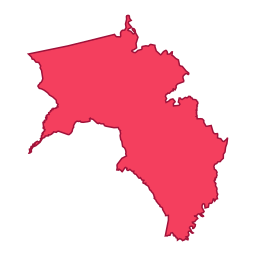 outline of Tan Phu, Đồng Nai, Vietnam
{"feature_id": "81297802B74333052983118", "entity_name": "Tan Phu", "entity_type": "district", "adm_level": 2, "iso_a3": "VNM", "parent_name": "Vietnam", "parent_adm1": "Đồng Nai", "projection": "orthographic", "projection_center": [107.376, 11.379], "detail": "fine", "context": "isolated", "style": "filled", "palette": "rose", "viewbox_px": 256, "rotation_deg": 0, "n_neighbors": 0, "source": "geoboundaries", "source_scale": "gbopen_adm2", "svg_char_len": 5841}
<svg xmlns="http://www.w3.org/2000/svg" viewBox="0 0 256 256"><path d="M28.4,54.0L31.4,56.9L32.2,59.1L33.8,59.3L35.9,62.1L38.7,62.5L40.7,66.0L40.1,67.9L41.5,70.3L42.8,78.6L42.2,80.6L41.1,82.4L40.0,83.0L39.5,84.1L38.3,85.2L37.9,86.1L38.1,86.5L39.3,88.4L41.4,88.8L44.2,90.2L47.7,92.8L49.6,95.1L52.7,96.9L55.7,99.6L56.3,100.4L56.5,102.8L58.1,104.3L57.4,105.8L58.0,106.8L56.8,107.1L56.6,107.9L55.8,107.9L55.3,108.4L53.0,108.4L53.0,109.4L51.9,109.2L51.5,110.7L50.6,110.6L50.3,111.8L48.7,112.7L49.0,114.4L48.1,114.4L46.4,115.5L46.7,116.5L45.8,117.1L45.6,117.7L45.8,118.2L46.8,117.9L46.5,119.6L44.5,120.4L44.3,120.9L44.8,121.8L44.4,122.5L44.0,122.6L43.3,122.1L43.0,122.4L43.5,126.5L43.2,127.7L44.0,127.5L43.7,128.4L44.2,129.1L44.9,129.4L44.4,130.2L44.7,130.8L43.4,131.8L43.2,132.7L42.6,132.8L42.8,133.9L42.1,134.0L42.4,134.6L41.4,135.9L41.5,137.6L40.5,138.7L41.2,139.2L39.6,141.7L38.3,141.9L37.4,141.3L36.8,141.6L35.3,142.5L35.0,144.2L34.5,144.4L34.2,143.6L33.8,144.0L34.1,145.0L33.6,145.9L32.8,144.9L32.6,146.1L31.1,146.5L30.6,148.7L29.4,149.2L29.8,151.6L29.1,153.1L29.8,153.0L31.4,151.8L31.3,149.6L33.0,146.9L35.8,145.7L40.0,142.3L42.5,138.3L44.7,137.4L45.2,136.1L48.5,135.8L48.5,134.8L50.0,134.9L51.4,134.2L51.9,133.5L52.5,133.5L53.6,131.9L56.4,132.3L57.2,131.5L58.5,131.2L68.2,134.6L69.1,134.6L71.1,132.9L72.1,131.4L72.7,128.7L73.7,127.2L73.5,125.9L74.1,124.5L75.4,122.3L77.0,121.2L78.9,121.5L80.2,121.1L81.0,122.1L83.1,122.3L87.8,121.7L89.9,121.1L90.1,120.0L89.5,118.8L90.3,118.1L91.5,119.0L93.0,119.3L97.2,123.2L98.3,123.6L99.1,123.0L101.0,123.8L103.2,123.8L103.8,124.1L104.5,125.6L106.0,126.2L114.0,127.7L118.2,127.5L119.1,129.5L120.3,130.5L120.0,130.7L120.6,133.5L120.1,135.6L120.7,139.4L121.8,141.3L122.6,146.4L124.5,147.8L125.5,149.7L126.0,152.2L125.7,153.9L126.5,155.9L121.9,158.3L117.4,164.2L117.0,165.1L117.2,167.9L116.8,169.9L118.6,170.1L119.0,169.2L121.1,170.5L121.7,171.5L122.3,171.7L125.0,167.6L125.7,167.4L125.9,167.8L127.0,168.3L126.6,168.9L126.7,169.7L127.6,170.4L128.6,170.3L129.9,169.4L132.2,171.4L133.8,171.3L133.4,172.6L134.8,174.0L136.1,174.3L138.8,178.0L139.9,178.2L140.5,177.7L141.9,180.0L143.8,180.4L143.1,181.4L143.0,182.9L143.6,183.3L145.7,183.3L145.3,184.3L148.0,185.9L149.3,188.0L149.2,188.6L149.9,190.0L150.9,190.5L151.3,191.5L152.8,193.0L153.8,194.9L154.0,196.2L154.7,197.2L154.6,197.7L154.1,198.1L156.1,200.3L156.2,201.0L158.4,203.8L160.0,205.3L160.0,206.5L161.8,207.3L162.5,208.1L162.7,209.6L165.6,214.7L165.6,215.6L168.4,215.4L168.4,220.2L165.3,235.9L166.2,235.7L167.0,236.0L168.4,235.3L170.0,235.3L170.9,233.0L172.4,232.7L173.4,234.1L173.3,235.0L174.3,235.2L174.1,235.9L175.5,236.1L176.2,237.8L176.9,237.9L177.4,238.4L177.5,240.1L179.7,238.6L181.6,239.5L182.5,240.6L184.8,239.7L185.6,238.5L187.2,239.7L188.0,239.7L188.1,238.2L186.3,236.8L187.9,236.3L188.7,235.6L188.9,234.5L188.2,232.6L188.5,231.6L189.2,231.1L190.1,231.2L191.7,232.9L192.7,233.2L193.2,232.9L191.5,231.6L190.9,229.8L189.5,228.0L189.6,227.3L190.5,226.4L192.0,226.2L192.7,226.7L192.7,228.4L193.2,228.5L194.1,227.9L195.2,226.2L195.4,224.5L192.6,223.0L192.4,222.2L194.7,221.7L196.0,220.0L197.8,218.5L196.6,216.7L194.7,216.3L194.6,215.9L196.4,215.7L198.1,214.0L199.0,213.7L201.3,216.1L202.6,216.6L203.5,216.3L203.4,215.8L200.7,213.8L201.0,213.4L203.4,212.5L204.1,211.5L202.0,207.5L202.1,205.3L202.7,204.1L203.5,203.7L204.5,204.2L205.1,208.0L208.4,207.1L208.9,203.9L209.5,203.3L211.2,203.3L211.8,202.9L212.5,201.9L213.3,199.0L213.9,199.0L214.7,201.0L216.0,199.1L217.5,198.7L216.9,196.6L217.8,194.1L217.1,193.2L216.6,190.5L217.0,189.2L216.8,187.9L215.5,185.9L215.7,184.6L215.4,183.6L215.8,183.3L214.5,181.9L214.2,180.6L214.9,179.4L215.2,180.0L215.4,179.8L215.0,178.2L216.4,177.6L216.4,176.6L217.0,175.5L216.6,173.1L217.1,172.3L216.1,170.4L214.3,169.1L214.3,168.0L213.8,166.7L214.6,164.4L216.8,163.4L217.8,161.9L220.4,161.5L221.0,160.4L223.3,158.3L223.4,154.2L225.0,152.0L225.6,147.2L226.9,143.6L227.6,137.7L226.6,139.2L224.0,141.5L222.6,141.2L220.7,138.6L219.4,138.5L217.5,137.8L217.7,134.6L217.5,133.6L214.9,133.8L213.7,133.0L213.0,131.8L211.2,125.5L206.9,126.3L206.0,126.2L203.8,122.4L203.8,120.4L202.8,119.4L202.2,118.9L200.5,118.7L197.2,118.8L197.1,117.2L196.2,116.4L197.0,116.1L197.0,115.2L196.3,113.9L196.8,113.0L196.3,112.3L196.7,111.0L196.1,110.1L196.4,109.8L196.9,110.0L196.9,106.7L197.4,106.0L196.8,105.2L197.9,103.5L197.7,102.0L197.0,101.4L196.5,100.2L195.2,99.6L192.8,99.4L192.2,98.1L190.5,97.5L190.5,96.6L188.8,96.3L187.7,97.5L186.9,97.8L185.3,97.4L182.1,99.5L181.0,99.1L180.4,98.1L179.2,98.0L178.3,102.1L179.5,103.2L179.9,104.3L178.9,105.4L173.5,105.9L173.4,103.5L175.0,102.0L175.1,101.5L172.9,98.9L170.5,99.5L168.6,101.2L166.1,102.5L165.5,100.4L166.6,98.6L165.4,96.4L166.1,94.4L167.3,93.9L167.8,93.1L169.3,93.3L171.4,91.2L173.4,90.7L172.9,89.2L173.5,88.8L175.1,89.8L176.2,87.6L176.1,85.7L177.5,84.0L183.6,81.7L183.8,80.7L182.9,77.8L183.0,76.4L183.5,75.6L185.7,73.6L187.0,73.7L188.1,74.5L188.8,73.9L188.6,72.9L186.0,70.9L182.3,66.4L180.5,66.0L179.5,65.3L178.4,59.9L175.8,58.5L173.1,55.9L172.0,55.4L172.3,51.9L171.6,52.0L169.9,54.0L167.7,54.2L167.3,54.0L167.4,52.7L167.0,51.4L166.1,50.4L165.6,50.4L163.5,51.6L161.2,54.5L160.5,54.8L156.3,51.0L155.0,46.9L154.9,45.3L150.8,44.4L150.2,44.5L148.5,46.1L145.8,45.8L142.2,46.5L141.9,47.1L142.0,48.8L141.6,49.4L138.0,50.4L135.4,52.6L133.9,52.5L131.8,51.2L131.9,50.5L134.2,49.5L136.6,47.8L136.0,43.5L138.0,37.2L135.5,32.8L135.1,30.2L134.1,28.8L132.5,28.3L132.2,28.9L132.5,29.8L134.8,32.6L134.5,33.4L133.6,33.9L133.0,33.8L130.8,31.4L128.0,30.4L128.2,29.0L130.8,27.7L131.4,27.0L128.5,23.5L128.4,22.4L128.8,21.6L131.2,20.4L129.6,18.4L129.3,16.0L128.8,15.5L127.8,15.4L126.7,15.8L126.4,16.6L126.6,19.3L125.5,24.0L126.1,27.5L124.7,30.1L122.4,30.3L121.2,31.3L120.5,32.9L120.7,36.1L120.2,36.9L116.6,36.7L115.6,36.0L114.5,34.4L67.9,45.9L28.4,54.0Z" fill="#f43f5e" stroke="#9f1239" stroke-width="1.5"/></svg>